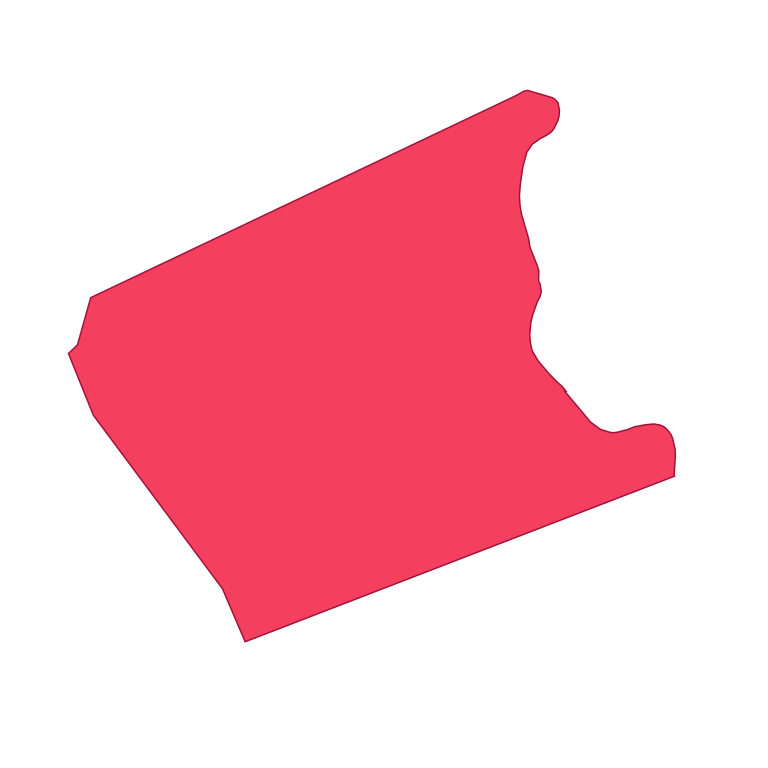 Adams, Ohio, United States of America, rotated 245°
{"feature_id": "52423323B26888190258650", "entity_name": "Adams", "entity_type": "district", "adm_level": 2, "iso_a3": "USA", "parent_name": "United States of America", "parent_adm1": "Ohio", "projection": "albers", "projection_center": [-83.481, 38.826], "detail": "fine", "context": "isolated", "style": "filled", "palette": "rose", "viewbox_px": 768, "rotation_deg": 245, "n_neighbors": 0, "source": "geoboundaries", "source_scale": "gbopen_adm2", "svg_char_len": 975}
<svg xmlns="http://www.w3.org/2000/svg" viewBox="0 0 768 768"><g transform="rotate(245 384 384)"><path d="M209.1,149.2L177.7,608.5L178.9,608.5L196.3,618.0L202.0,620.3L212.7,622.6L216.7,622.8L221.0,622.0L224.7,620.7L227.0,619.6L230.0,617.0L233.6,611.9L236.4,604.3L239.3,593.3L239.8,585.2L241.8,574.6L242.9,571.4L244.9,568.1L251.6,560.8L262.2,555.1L300.8,544.8L300.4,545.9L306.1,544.6L312.9,541.6L324.8,537.5L339.8,533.5L351.5,532.3L359.4,534.0L367.1,536.9L377.5,543.0L383.9,548.0L393.4,557.4L397.4,562.4L401.3,565.6L409.1,567.9L411.6,567.4L421.1,572.1L427.3,573.0L446.4,574.1L454.1,576.4L479.8,580.4L487.7,582.5L496.8,586.0L506.5,591.4L522.0,601.5L533.6,611.3L538.6,619.6L540.4,629.2L540.8,637.2L541.7,641.8L543.2,645.4L549.0,652.6L552.4,655.6L557.9,658.7L565.3,660.6L570.3,659.0L572.5,657.4L589.4,638.2L590.2,634.5L590.3,634.3L589.6,626.3L586.2,154.7L549.0,122.7L545.0,110.9L478.5,107.4L266.7,151.1L209.1,149.2Z" fill="#f43f5e" stroke="#9f1239" stroke-width="1.5"/></g></svg>